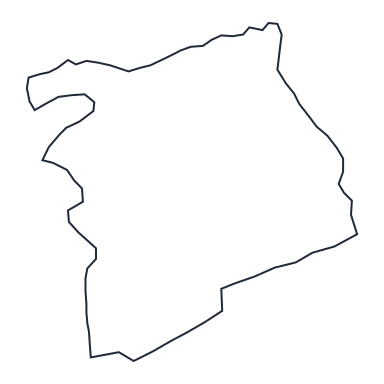 outline of Flamoudi, Cyprus
{"feature_id": "46923920B70745451588805", "entity_name": "Flamoudi", "entity_type": "district", "adm_level": 2, "iso_a3": "CYP", "parent_name": "Cyprus", "parent_adm1": "", "projection": "albers", "projection_center": [33.856, 35.393], "detail": "fine", "context": "isolated", "style": "outline", "palette": "slate", "viewbox_px": 384, "rotation_deg": 0, "n_neighbors": 0, "source": "geoboundaries", "source_scale": "gbopen_adm2", "svg_char_len": 1131}
<svg xmlns="http://www.w3.org/2000/svg" viewBox="0 0 384 384"><path d="M90.8,357.4L118.8,352.2L133.7,361.0L153.0,351.3L171.4,340.7L186.3,332.8L204.7,322.2L222.2,310.8L221.3,288.8L234.5,283.5L254.6,276.5L274.8,267.6L295.8,262.4L312.5,252.7L334.4,246.5L357.1,234.2L351.0,214.8L351.9,200.7L344.0,192.8L338.7,184.0L343.1,171.7L343.1,158.5L336.9,148.0L327.3,135.6L316.8,126.8L308.9,116.3L299.3,104.0L294.0,93.4L286.1,83.7L277.4,69.7L280.0,47.7L281.7,34.5L277.4,23.9L268.6,23.0L262.5,30.1L249.3,27.4L243.2,34.5L232.7,36.2L221.3,35.4L211.7,39.8L202.9,45.9L190.7,46.8L181.0,50.3L167.0,57.4L150.4,65.3L139.9,67.9L128.5,71.4L110.1,65.3L97.8,62.6L86.4,60.9L75.9,64.4L68.0,60.0L57.5,67.9L48.8,72.3L40.0,74.1L28.6,77.6L26.9,88.1L29.5,101.3L34.7,110.1L45.3,104.0L58.4,96.9L71.5,95.2L84.7,94.3L94.3,102.2L93.4,111.0L79.4,121.6L66.3,127.7L59.3,134.8L48.8,147.1L42.4,160.2L53.1,162.9L67.1,170.0L74.2,180.5L82.0,188.5L82.9,201.7L68.0,210.4L68.9,221.9L78.5,232.5L87.3,240.4L96.0,248.3L96.0,258.9L87.3,268.5L85.5,278.2L85.5,291.4L86.4,303.7L86.4,312.5L87.3,323.1L89.0,331.9L89.9,346.0L90.8,357.4Z" fill="none" stroke="#1e293b" stroke-width="2"/></svg>